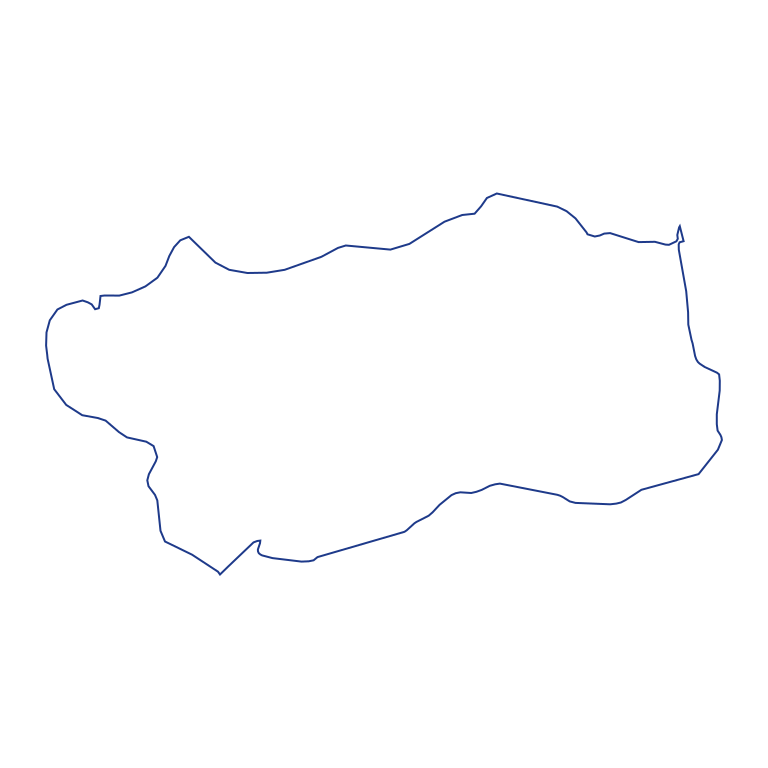 map outline of Aoste (Robinson projection)
{"feature_id": "ITA-5442", "entity_name": "Aoste", "entity_type": "Province", "adm_level": 1, "iso_a3": "ITA", "parent_name": "Italy", "parent_adm1": "", "projection": "robinson", "projection_center": [7.369, 45.725], "detail": "fine", "context": "isolated", "style": "outline", "palette": "blue", "viewbox_px": 768, "rotation_deg": 0, "n_neighbors": 0, "source": "natural_earth", "source_scale": "10m", "svg_char_len": 1898}
<svg xmlns="http://www.w3.org/2000/svg" viewBox="0 0 768 768"><path d="M188.9,236.8L215.4,262.6L229.2,269.8L247.4,273.0L266.8,272.7L284.7,269.8L321.4,256.8L338.0,247.9L345.8,245.5L390.4,249.6L409.4,243.9L444.5,221.7L462.2,215.0L474.6,213.7L481.1,206.3L486.9,198.0L496.8,193.5L557.2,206.6L566.6,211.2L575.5,218.4L586.6,232.5L587.5,234.3L594.8,236.5L599.8,235.5L604.2,233.6L610.1,233.1L638.6,242.1L654.9,241.8L665.5,244.6L669.0,244.8L676.4,241.3L677.8,238.8L677.3,235.0L679.1,227.4L679.8,226.2L683.6,241.2L679.6,242.3L678.7,244.4L678.8,249.7L686.2,291.2L688.1,312.4L688.3,324.6L691.5,339.8L692.6,343.4L695.1,356.0L696.3,359.4L697.9,362.0L699.6,363.6L704.7,367.0L717.0,372.7L719.1,374.4L719.8,380.7L719.7,390.6L716.8,414.3L716.8,424.2L717.6,430.6L720.4,434.9L721.4,437.2L721.9,440.0L717.9,449.7L698.6,474.1L641.4,489.8L625.7,500.0L620.9,502.5L616.3,503.6L610.2,504.3L575.5,502.9L569.7,501.4L562.7,497.0L560.1,495.7L557.3,494.8L499.9,483.6L495.2,484.3L489.8,485.8L481.7,489.9L476.4,491.8L471.2,493.0L460.3,492.3L455.7,493.2L451.5,495.1L439.6,504.8L432.6,512.3L428.7,515.7L416.5,521.9L414.4,523.3L406.7,530.3L404.5,531.8L317.5,557.1L313.6,560.3L308.7,561.3L301.5,561.6L272.5,558.1L262.1,555.4L260.4,554.5L258.8,553.2L258.0,551.4L257.9,550.1L257.9,549.5L260.0,543.2L260.3,540.6L257.2,541.0L253.5,542.4L228.2,566.5L220.0,574.5L218.0,571.7L192.1,554.7L165.0,541.5L160.5,530.8L157.3,500.4L155.0,494.9L148.5,486.2L147.3,480.3L148.9,474.2L155.8,461.3L157.2,457.1L153.6,446.1L146.3,441.7L127.0,437.4L119.1,432.2L105.6,420.6L97.7,418.0L82.2,415.2L66.2,404.9L54.2,389.2L47.6,358.7L47.2,354.7L46.1,345.6L46.5,332.4L49.8,320.3L57.4,309.5L66.5,304.8L82.6,300.5L87.8,302.3L91.7,304.4L95.1,309.2L98.8,308.2L99.5,304.9L100.1,299.8L100.5,296.0L104.6,295.5L119.3,295.6L131.9,292.4L145.4,286.4L157.4,277.7L165.5,265.9L169.3,256.0L174.1,247.1L180.3,240.3L188.9,236.8Z" fill="none" stroke="#1e3a8a" stroke-width="2"/></svg>